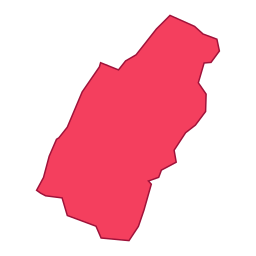 Page, Virginia, United States of America (Natural Earth projection)
{"feature_id": "52423323B75705983490495", "entity_name": "Page", "entity_type": "district", "adm_level": 2, "iso_a3": "USA", "parent_name": "United States of America", "parent_adm1": "Virginia", "projection": "natural_earth1", "projection_center": [-78.471, 38.622], "detail": "fine", "context": "isolated", "style": "filled", "palette": "rose", "viewbox_px": 256, "rotation_deg": 0, "n_neighbors": 0, "source": "geoboundaries", "source_scale": "gbopen_adm2", "svg_char_len": 594}
<svg xmlns="http://www.w3.org/2000/svg" viewBox="0 0 256 256"><path d="M219.4,51.0L216.9,39.2L203.0,34.0L194.6,26.4L170.0,15.4L156.4,29.0L136.1,54.8L125.6,60.9L118.5,69.9L100.6,62.7L99.4,66.9L82.2,91.9L67.3,127.2L58.9,137.8L56.5,139.3L49.2,156.2L43.5,177.5L36.6,190.3L40.7,193.2L45.6,195.8L62.1,197.9L67.3,215.5L96.0,226.2L101.1,238.0L129.0,240.6L138.4,226.4L143.9,210.3L151.3,184.2L148.4,181.0L158.7,177.3L161.4,170.1L176.2,162.2L174.1,150.2L185.6,132.7L195.4,125.1L205.6,111.5L206.1,94.1L198.3,82.8L204.1,63.0L211.0,62.4L219.4,51.0Z" fill="#f43f5e" stroke="#9f1239" stroke-width="1.5"/></svg>